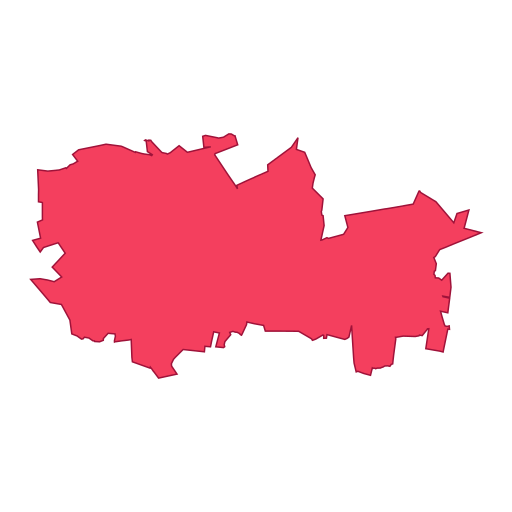 outline of La Colorada, Sonora, Mexico
{"feature_id": "50627088B56530364421655", "entity_name": "La Colorada", "entity_type": "district", "adm_level": 2, "iso_a3": "MEX", "parent_name": "Mexico", "parent_adm1": "Sonora", "projection": "orthographic", "projection_center": [-110.323, 28.724], "detail": "fine", "context": "isolated", "style": "filled", "palette": "rose", "viewbox_px": 512, "rotation_deg": 0, "n_neighbors": 0, "source": "geoboundaries", "source_scale": "gbopen_adm2", "svg_char_len": 4166}
<svg xmlns="http://www.w3.org/2000/svg" viewBox="0 0 512 512"><path d="M235.0,135.8L234.5,135.9L231.3,134.0L228.8,133.9L223.5,137.2L218.6,138.1L217.1,137.7L212.6,136.8L205.5,135.4L202.7,136.3L203.9,147.4L210.8,146.8L207.8,147.5L187.4,152.3L179.1,145.7L171.9,151.4L170.3,152.7L167.3,154.1L166.5,153.5L162.1,152.6L161.2,151.8L159.3,149.8L155.9,146.2L151.8,141.8L151.5,141.5L150.8,140.3L148.9,140.1L148.8,140.9L145.4,139.9L144.7,140.5L146.2,141.0L147.4,151.6L151.7,154.3L152.3,154.7L151.7,155.6L149.5,154.7L144.2,154.0L141.7,153.5L135.6,151.8L135.3,152.4L122.5,146.7L121.1,146.2L120.5,146.1L106.0,144.2L99.5,145.6L78.6,149.8L72.6,154.5L77.7,161.2L73.2,163.9L70.1,164.8L66.4,168.4L65.8,167.8L59.2,170.0L58.9,170.0L55.3,170.4L47.8,171.1L37.7,169.8L38.6,189.8L38.5,194.3L38.5,194.8L38.5,201.8L42.0,202.4L42.4,202.7L42.4,207.8L42.4,217.3L42.5,219.9L37.4,222.1L40.6,238.2L32.6,240.4L36.6,246.7L40.2,252.0L43.5,247.5L54.2,244.0L58.1,242.8L58.8,243.7L65.2,253.2L52.2,267.1L60.4,275.6L61.5,276.8L61.7,277.0L54.2,281.7L47.5,280.0L40.0,278.7L38.9,278.8L30.7,279.4L46.3,297.7L50.3,302.5L61.1,304.4L61.4,304.4L69.8,319.9L69.9,320.1L71.8,333.9L77.2,336.0L78.8,337.2L81.5,339.1L83.1,338.8L84.4,337.2L88.9,338.0L92.9,340.8L94.4,340.9L94.7,341.5L99.6,341.8L103.3,340.3L103.4,338.5L108.1,333.3L115.0,333.9L115.4,336.2L114.4,340.9L114.5,342.0L115.1,341.7L115.8,341.7L121.9,340.8L124.7,340.5L128.7,340.0L131.2,339.5L131.9,357.3L132.4,361.8L149.4,367.9L150.0,368.1L150.3,367.1L150.6,367.5L151.7,368.8L153.6,371.6L153.9,371.8L158.6,378.1L177.0,374.1L171.6,366.1L171.4,363.7L172.7,361.0L173.5,359.3L175.2,357.4L183.1,349.5L195.2,350.8L204.4,351.8L204.9,346.3L210.5,346.8L211.5,341.7L213.7,331.8L219.4,333.0L215.8,346.8L223.5,347.6L224.7,346.7L224.2,344.6L224.9,341.6L230.7,334.7L229.7,332.4L230.4,332.2L231.8,331.7L232.7,331.4L233.4,331.5L235.1,332.1L237.2,332.3L237.7,332.6L238.4,332.9L239.1,333.3L239.9,333.9L240.0,334.2L240.2,334.4L240.7,334.7L241.0,335.0L241.5,335.2L242.1,334.1L246.5,324.7L246.9,322.0L254.2,323.7L260.8,324.9L263.6,325.4L265.3,331.1L268.8,331.1L269.0,331.1L272.0,331.1L279.4,331.1L279.5,331.1L292.2,331.2L298.7,331.3L310.2,338.0L311.6,338.9L312.4,340.3L313.4,340.0L315.8,339.1L322.9,335.0L323.7,335.4L323.7,338.3L326.1,338.2L326.4,338.2L327.0,334.6L336.9,337.3L344.8,339.4L347.1,338.4L348.9,337.1L351.6,325.4L352.6,341.7L353.6,357.4L354.0,362.2L354.1,363.2L356.0,371.1L356.2,371.9L357.9,371.3L363.8,373.5L370.5,375.3L372.3,368.0L372.8,368.5L373.0,368.4L373.8,368.1L375.0,368.3L375.6,368.7L376.4,368.4L377.8,368.0L378.6,368.1L380.7,368.0L381.1,367.6L383.1,367.0L384.5,366.1L385.6,365.9L386.3,365.9L386.6,365.9L387.5,365.8L389.9,366.3L391.3,364.3L392.7,363.9L393.1,359.8L393.4,357.3L393.6,355.4L395.8,338.9L395.5,337.3L396.2,337.3L403.2,336.1L409.6,336.3L415.2,336.5L419.0,335.8L419.1,335.7L419.4,335.1L422.2,335.6L426.3,330.5L426.6,330.1L427.5,329.0L427.5,328.8L428.8,328.7L425.8,348.7L439.7,351.1L443.1,352.0L443.8,348.5L447.8,329.1L449.5,329.3L449.2,325.9L447.2,326.4L445.1,326.0L444.3,324.4L444.1,323.7L441.9,316.2L441.0,312.9L440.5,311.2L447.8,312.8L449.7,298.2L443.0,296.7L442.8,296.1L449.7,297.3L449.8,297.0L451.0,287.2L449.9,273.3L448.0,273.2L441.7,280.2L438.7,278.0L435.3,277.8L435.0,275.4L433.9,274.3L434.3,271.2L435.4,270.6L436.3,263.7L433.8,257.5L435.3,256.6L439.7,249.6L445.8,247.2L453.2,244.1L469.1,237.7L481.3,232.7L478.1,231.9L464.1,228.3L468.9,210.0L457.0,213.5L453.8,222.8L448.2,216.2L437.0,203.0L436.0,201.8L420.8,192.6L420.4,192.2L420.1,191.7L419.9,191.3L419.8,191.1L419.6,191.0L419.4,191.0L419.0,191.1L413.2,204.1L394.7,207.4L386.2,208.8L385.1,208.9L370.0,211.5L344.8,215.7L347.9,227.5L343.6,234.3L332.2,237.4L328.5,238.4L326.9,237.7L322.0,240.0L320.9,240.2L322.5,232.8L324.1,225.6L323.1,215.7L321.8,215.0L321.3,211.4L321.8,210.2L323.1,198.9L312.3,188.1L313.0,183.2L314.3,177.9L315.2,174.8L312.8,170.6L311.0,167.4L307.4,158.7L304.7,152.3L296.4,149.4L296.9,145.6L298.0,137.7L293.6,144.1L291.4,147.3L267.7,164.8L268.0,171.3L254.7,177.1L254.4,177.3L254.1,177.5L251.5,178.6L245.5,181.3L236.9,185.3L237.5,188.9L236.0,186.4L227.8,174.5L214.7,154.8L214.8,154.5L215.1,153.6L237.7,144.8L235.0,135.8Z" fill="#f43f5e" stroke="#9f1239" stroke-width="1.5"/></svg>